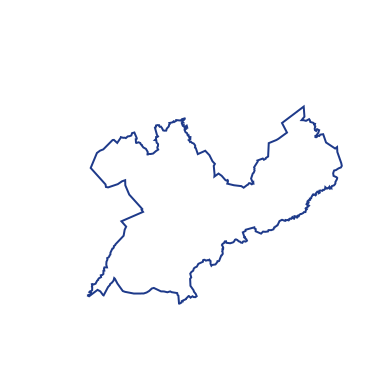 Ixtlán del Río, Nayarit, Mexico (Robinson projection), rotated 55°
{"feature_id": "50627088B6071095399846", "entity_name": "Ixtlán del Río", "entity_type": "district", "adm_level": 2, "iso_a3": "MEX", "parent_name": "Mexico", "parent_adm1": "Nayarit", "projection": "robinson", "projection_center": [-104.302, 21.029], "detail": "fine", "context": "isolated", "style": "outline", "palette": "blue", "viewbox_px": 384, "rotation_deg": 55, "n_neighbors": 0, "source": "geoboundaries", "source_scale": "gbopen_adm2", "svg_char_len": 6051}
<svg xmlns="http://www.w3.org/2000/svg" viewBox="0 0 384 384"><g transform="rotate(55 192 192)"><path d="M267.4,74.0L268.0,72.0L267.7,70.5L267.2,69.6L266.0,68.7L264.8,66.2L263.8,65.0L262.8,65.1L260.0,66.8L257.6,65.6L256.4,64.0L255.9,63.2L256.6,61.6L256.7,58.4L257.3,55.9L256.5,54.3L254.0,53.2L242.6,50.0L238.4,47.4L238.5,49.8L228.3,53.8L219.9,51.4L218.6,54.0L219.1,55.6L218.0,56.7L218.5,58.3L218.3,59.0L217.7,59.4L216.8,58.7L217.1,58.0L216.0,54.7L214.3,52.4L212.3,53.5L213.2,55.3L211.8,55.8L210.4,55.1L208.9,53.3L207.9,53.5L206.8,52.2L206.2,53.1L205.7,52.8L204.7,53.1L202.5,54.9L200.8,54.3L199.5,54.3L199.1,57.8L197.2,59.4L196.0,61.0L194.8,56.7L186.1,51.5L187.1,78.7L197.8,80.1L198.0,90.8L197.8,93.1L196.0,101.1L206.6,109.3L206.5,112.0L207.0,112.5L206.8,114.6L205.2,114.8L203.8,120.1L204.2,120.0L204.8,120.8L207.4,127.0L208.5,127.2L209.3,128.1L210.3,128.4L211.6,130.4L211.7,131.6L214.9,135.9L219.0,136.8L219.0,136.1L220.4,136.9L220.0,137.4L220.0,138.6L218.3,139.3L217.5,140.2L218.1,142.2L217.9,142.7L218.1,147.2L215.5,148.2L210.5,153.8L205.4,158.3L204.3,156.8L203.4,156.1L202.6,156.0L202.4,157.3L201.3,157.8L195.7,158.4L192.1,159.7L192.2,164.8L190.5,163.4L183.1,159.2L182.1,157.1L178.6,157.6L171.8,156.6L165.8,157.5L164.3,165.5L158.2,163.7L157.3,164.1L156.1,162.9L155.0,162.7L153.3,162.8L151.5,163.9L150.1,164.1L149.9,164.9L149.0,164.7L147.7,164.9L147.8,164.4L147.1,163.6L147.6,163.0L146.1,161.8L145.4,162.9L143.9,162.4L144.0,162.8L142.9,163.0L141.0,162.3L139.4,163.0L136.9,162.5L136.9,161.7L136.5,162.4L136.8,161.6L136.1,160.7L135.4,162.2L136.0,160.5L135.8,160.0L136.1,158.8L134.6,158.3L134.6,159.8L134.2,160.6L135.1,160.9L134.1,160.7L135.0,161.0L134.9,161.2L133.9,160.8L133.3,161.1L132.4,160.4L132.2,161.5L129.8,160.9L130.1,159.5L128.9,159.8L128.5,159.4L128.4,157.7L127.9,155.9L127.5,155.8L126.6,158.4L126.9,160.4L124.1,163.6L124.6,163.9L124.4,166.5L123.6,166.5L123.7,168.2L122.5,171.0L123.6,171.3L123.8,172.2L125.0,173.5L125.6,176.3L126.9,177.9L125.9,179.5L125.0,180.3L122.3,179.9L120.5,180.0L120.1,181.0L118.9,181.1L118.4,180.7L117.4,181.9L116.9,183.3L117.8,184.0L117.9,184.9L118.3,185.1L118.2,185.5L125.2,188.0L127.0,188.0L127.0,188.8L126.4,189.9L128.0,191.1L128.2,192.6L129.2,191.6L131.4,192.7L132.7,192.3L133.4,192.4L134.9,193.6L135.4,194.7L136.3,195.2L137.9,195.4L137.8,198.1L138.2,201.8L137.1,204.2L135.8,205.8L136.0,206.6L135.7,206.9L133.8,205.3L130.2,205.0L127.6,206.3L125.2,206.4L124.9,206.1L123.6,206.6L122.2,206.3L120.6,207.3L120.0,209.3L119.5,209.6L116.5,207.8L116.8,207.1L116.3,206.4L110.2,205.1L109.4,207.3L110.9,209.3L110.5,211.0L109.6,212.8L109.9,215.3L109.0,215.9L108.1,217.3L106.3,218.8L106.6,219.1L108.9,225.1L104.5,226.1L103.9,227.3L106.2,240.2L105.4,243.6L105.5,247.5L114.2,261.2L136.2,258.5L138.5,259.6L140.1,258.1L143.0,248.3L143.1,243.1L144.0,240.0L148.3,242.8L158.1,244.9L177.4,242.5L177.6,243.5L180.2,243.5L175.5,266.6L182.6,265.8L184.3,268.8L188.6,273.1L191.0,284.8L191.5,285.4L191.5,287.0L192.5,287.8L193.0,288.9L192.7,289.7L195.0,293.7L196.4,294.7L196.7,296.0L197.4,296.8L197.7,298.0L197.5,299.4L198.9,300.1L200.0,302.0L202.5,304.0L205.0,304.9L203.5,307.0L204.2,308.0L206.1,308.9L205.7,309.7L208.3,311.6L208.5,312.9L207.9,314.5L209.6,315.3L209.3,317.6L209.7,319.0L210.2,319.3L210.2,320.5L211.8,323.6L211.3,325.7L210.4,326.2L210.1,326.9L211.8,327.7L212.2,328.4L213.0,328.5L215.1,330.1L215.3,331.1L214.9,332.7L215.1,333.4L216.5,332.5L217.7,333.9L216.9,335.8L216.9,336.3L217.4,336.3L217.5,336.6L218.4,336.1L218.0,325.5L220.8,324.1L225.4,324.0L226.0,323.7L221.7,315.3L221.1,312.6L220.5,312.0L220.3,309.5L219.6,307.1L217.9,305.1L218.8,304.9L224.2,305.6L233.4,305.5L235.4,304.1L241.9,297.8L247.4,289.8L248.3,286.8L248.5,283.8L248.0,280.3L248.7,278.3L255.6,274.4L257.4,272.0L260.0,269.7L260.9,266.9L262.3,266.2L266.3,262.1L267.9,262.8L269.1,262.6L275.9,266.6L276.3,266.2L276.5,264.0L275.5,263.0L275.7,262.5L276.2,262.2L275.7,261.6L276.3,258.4L276.0,258.2L275.3,254.5L275.7,254.1L277.7,253.8L277.7,251.4L279.0,250.9L280.1,249.5L280.0,247.9L277.5,247.4L274.7,247.6L273.5,247.1L268.0,247.1L262.0,243.3L261.5,241.6L257.9,240.3L257.2,238.5L257.1,236.1L256.0,234.8L255.5,233.5L255.9,230.8L254.5,228.0L255.4,223.1L254.2,222.0L254.2,221.6L254.8,220.5L256.2,220.0L256.7,218.4L257.2,218.0L257.4,216.7L258.2,216.9L258.7,216.4L259.2,216.4L261.4,218.0L263.5,218.4L263.3,217.4L264.8,214.3L264.0,211.8L263.3,210.8L263.8,210.4L264.0,209.3L260.8,204.5L261.0,204.1L260.3,202.3L258.2,201.1L257.8,201.2L256.6,199.2L256.0,198.8L255.8,199.2L255.2,198.2L252.6,197.9L252.0,196.6L252.2,195.2L251.3,193.5L251.9,192.4L253.3,193.0L255.9,190.1L256.8,187.3L256.7,186.0L255.8,184.2L256.0,183.2L257.3,182.4L259.2,182.0L260.0,181.3L261.4,181.0L262.5,179.9L261.9,178.7L262.2,177.6L263.4,176.5L263.4,174.9L261.8,174.6L261.1,175.0L259.5,174.5L259.3,176.0L258.9,174.9L254.2,173.5L254.6,170.5L253.7,169.7L256.7,161.2L257.9,161.7L258.9,161.1L260.7,162.4L265.7,159.3L265.2,156.5L266.6,154.9L267.9,152.4L267.1,151.2L268.7,149.0L269.3,146.7L268.2,145.0L268.5,144.6L268.1,143.6L268.4,142.4L268.1,141.7L268.3,141.0L266.0,137.0L266.4,134.2L268.7,132.6L269.1,132.1L268.6,131.4L269.4,130.7L269.6,129.9L270.7,129.1L270.5,128.1L269.9,127.8L270.0,126.8L270.9,126.0L270.1,124.1L270.8,123.8L271.6,124.2L272.4,123.7L272.0,123.0L270.6,121.9L271.6,120.9L272.9,120.9L273.3,120.4L273.0,119.8L272.2,119.7L272.0,119.0L272.2,118.6L272.9,118.9L273.1,118.5L272.3,117.3L272.3,115.7L272.7,115.1L273.0,113.1L272.7,111.9L273.5,110.6L272.0,108.9L272.0,108.1L270.7,108.4L270.5,108.1L270.9,106.5L270.5,106.3L270.3,104.0L269.9,104.1L269.5,105.2L268.7,104.8L267.7,105.2L267.2,104.4L267.9,103.8L267.6,102.6L265.9,102.7L265.6,101.1L266.2,100.7L266.2,99.8L265.0,99.2L265.5,98.0L264.8,97.4L263.4,94.3L263.5,94.0L264.2,94.0L264.5,93.1L265.6,92.7L265.4,92.0L264.3,91.7L263.6,89.1L263.9,88.8L264.6,88.7L264.8,88.1L265.7,88.8L265.8,88.1L265.8,87.7L264.7,87.5L264.0,86.9L264.5,85.8L265.8,84.5L265.4,83.4L266.0,82.7L265.8,81.2L264.5,80.0L266.6,79.5L266.5,79.0L266.9,77.7L266.6,76.7L268.1,77.4L268.4,77.2L267.9,75.9L268.8,75.6L267.9,75.0L267.4,74.0Z" fill="none" stroke="#1e3a8a" stroke-width="2"/></g></svg>